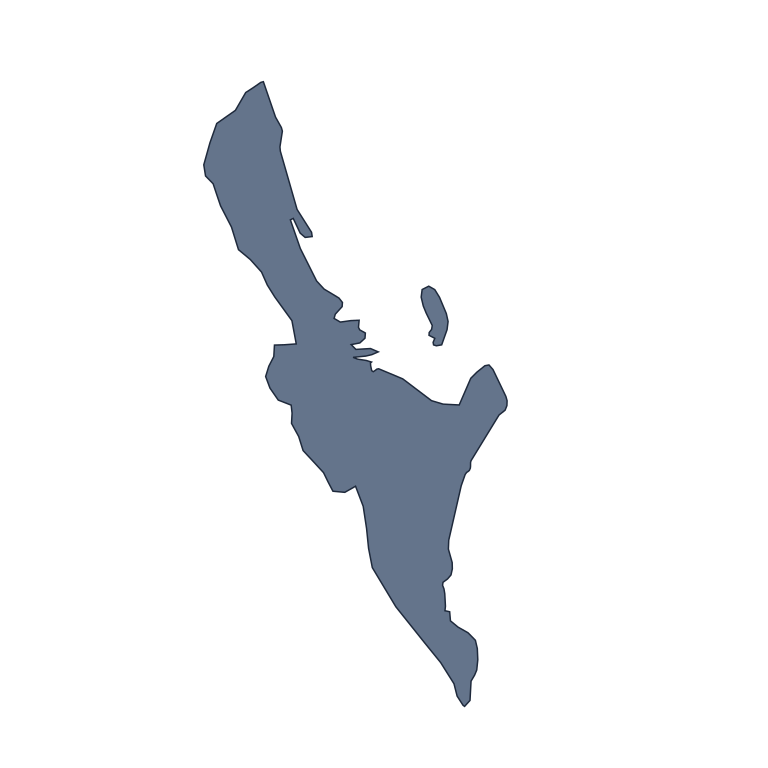 SVG path tracing the border of Sud, rotated 244°
{"feature_id": "HTI-1362", "entity_name": "Sud", "entity_type": "Department", "adm_level": 1, "iso_a3": "HTI", "parent_name": "Haiti", "parent_adm1": "", "projection": "robinson", "projection_center": [-73.723, 18.228], "detail": "fine", "context": "isolated", "style": "filled", "palette": "slate", "viewbox_px": 768, "rotation_deg": 244, "n_neighbors": 0, "source": "natural_earth", "source_scale": "10m", "svg_char_len": 2095}
<svg xmlns="http://www.w3.org/2000/svg" viewBox="0 0 768 768"><g transform="rotate(244 384 384)"><path d="M708.6,408.1L671.4,403.5L659.5,404.2L655.8,403.5L642.7,394.4L638.7,392.9L579.0,382.4L552.1,385.4L548.0,384.1L550.3,377.4L556.3,374.8L572.6,375.0L572.6,371.8L542.5,368.2L506.1,368.6L495.5,371.8L481.0,381.2L475.5,382.4L471.9,380.3L468.1,370.8L464.8,367.9L458.8,371.9L455.5,382.0L452.2,389.6L446.1,385.9L443.3,385.9L438.0,389.6L433.5,387.0L431.5,380.3L433.8,371.8L427.4,373.9L421.8,387.4L415.4,392.9L415.7,386.0L417.1,379.8L421.5,367.9L418.0,371.1L412.9,378.4L409.2,382.4L408.9,381.1L406.2,380.0L401.4,378.8L399.8,379.7L400.0,381.8L400.5,384.1L400.0,385.9L380.4,403.1L348.2,419.4L340.0,428.3L332.2,442.4L351.1,464.5L353.9,472.6L356.2,482.7L355.1,486.7L349.2,488.3L319.4,488.1L315.0,487.3L310.7,485.0L307.4,481.4L305.7,473.8L276.9,428.6L275.5,427.4L272.1,425.7L270.5,424.7L268.9,422.8L268.5,421.2L268.3,419.5L267.1,417.3L258.7,408.8L215.2,373.7L207.4,369.5L193.6,367.0L187.9,364.4L183.0,360.5L180.9,355.6L179.9,350.1L177.4,348.4L173.6,348.1L168.9,346.7L157.3,341.8L153.5,339.4L150.5,343.2L142.0,339.9L133.0,344.0L123.5,350.5L113.6,353.8L105.3,351.9L95.0,347.4L86.3,342.0L82.6,337.8L78.8,332.0L61.9,322.6L58.9,315.1L60.6,314.2L71.4,312.9L83.9,315.5L108.8,312.8L133.4,307.1L178.5,297.0L224.1,293.0L243.1,298.1L261.8,305.0L283.2,311.7L304.6,313.6L303.8,301.3L310.0,291.1L320.4,290.8L330.8,290.8L345.2,286.5L359.6,282.1L374.2,284.3L389.1,283.6L398.1,288.6L405.7,291.3L415.9,281.9L430.3,279.7L442.6,280.9L450.5,288.3L457.0,297.0L467.0,302.6L463.0,311.5L458.5,322.7L481.3,329.0L510.0,324.0L524.1,322.5L538.3,323.0L554.5,318.4L568.5,312.1L591.9,315.7L615.8,315.2L627.6,316.7L638.9,318.2L649.2,314.8L660.0,318.1L677.1,333.3L691.5,347.9L695.1,370.4L706.6,387.5L707.7,396.5L709.1,405.5L708.6,408.1ZM429.3,453.0L436.9,453.5L445.8,455.5L452.2,459.7L452.3,467.1L446.6,471.0L437.5,471.9L420.0,470.9L412.1,469.0L405.2,464.5L393.9,453.0L395.4,447.8L397.4,445.7L399.9,446.4L402.8,449.7L408.0,445.8L410.5,447.2L412.2,450.7L415.4,453.0L429.3,453.0Z" fill="#64748b" stroke="#1e293b" stroke-width="1.5"/></g></svg>